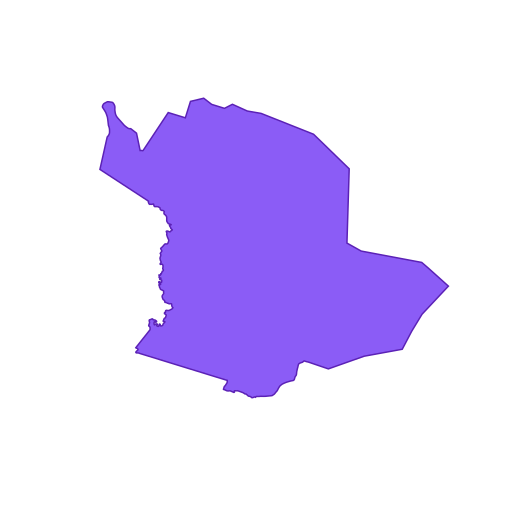 Choloma, Cortés, Honduras (orthographic projection), rotated 198°
{"feature_id": "27666195B9794587356195", "entity_name": "Choloma", "entity_type": "district", "adm_level": 2, "iso_a3": "HND", "parent_name": "Honduras", "parent_adm1": "Cortés", "projection": "orthographic", "projection_center": [-87.878, 15.648], "detail": "fine", "context": "isolated", "style": "filled", "palette": "violet", "viewbox_px": 512, "rotation_deg": 198, "n_neighbors": 0, "source": "geoboundaries", "source_scale": "gbopen_adm2", "svg_char_len": 6021}
<svg xmlns="http://www.w3.org/2000/svg" viewBox="0 0 512 512"><g transform="rotate(198 256 256)"><path d="M354.5,389.9L366.1,382.8L365.9,365.6L383.8,365.3L396.0,321.4L396.4,321.1L397.8,320.9L398.8,320.5L407.6,335.9L414.5,338.4L415.7,338.0L416.8,337.9L418.3,338.3L420.3,339.0L421.7,339.6L428.9,343.8L430.4,344.7L431.8,345.7L432.5,346.4L433.2,347.2L433.8,348.1L434.4,349.2L435.4,351.3L435.7,352.3L436.1,353.7L436.6,354.9L437.1,355.5L437.6,356.1L438.5,356.9L439.2,357.4L439.8,357.7L440.5,357.7L443.6,357.2L445.0,356.8L447.1,354.7L447.8,353.8L448.0,353.3L448.2,352.5L448.3,351.8L448.3,351.1L448.2,350.5L448.0,350.1L447.1,349.3L445.0,347.6L443.3,346.1L441.9,344.4L440.3,342.2L439.3,340.3L436.7,334.6L435.6,333.2L434.7,331.7L434.1,330.2L433.5,328.3L433.3,327.3L433.4,325.8L433.7,324.6L434.3,323.2L431.2,290.1L375.1,274.9L375.2,274.3L374.9,273.8L374.1,272.8L373.6,272.4L373.3,272.3L372.9,272.3L372.4,272.6L371.1,272.9L370.0,273.6L369.5,273.7L369.4,273.6L368.7,272.5L368.5,272.2L368.2,271.9L367.7,271.7L367.3,271.7L366.1,272.2L365.5,272.3L364.8,272.5L364.2,272.6L362.2,272.1L361.9,271.6L361.6,271.0L361.2,270.6L360.7,270.4L359.9,270.2L358.8,270.5L358.3,270.5L357.8,270.4L356.9,269.8L356.9,268.4L356.5,267.9L356.1,267.4L354.6,266.9L353.7,266.2L353.1,265.6L352.7,264.7L351.9,262.2L351.7,261.7L351.2,261.1L350.5,260.5L349.8,260.0L349.3,259.6L347.2,259.7L346.7,259.7L346.4,259.5L346.5,259.3L347.3,258.9L347.6,258.7L347.7,258.2L347.1,257.6L345.8,256.5L345.5,255.8L344.0,255.2L343.8,255.1L343.8,254.8L343.9,254.5L344.5,253.9L345.1,252.6L345.3,252.4L345.8,252.3L346.7,252.4L347.8,252.4L348.5,252.2L348.9,251.8L348.9,251.5L348.7,251.2L348.2,250.8L347.9,250.5L347.7,249.7L347.6,248.9L347.5,248.6L346.0,246.5L343.9,244.2L343.7,243.4L343.7,242.0L343.8,240.9L343.9,240.5L344.1,240.2L344.7,239.8L345.5,239.6L346.0,239.5L346.3,239.3L346.4,239.0L347.0,237.9L347.5,236.6L348.5,234.6L348.9,234.1L349.0,233.8L348.8,233.4L347.3,231.9L347.1,231.7L347.3,230.8L347.9,228.9L347.1,228.0L346.8,227.4L346.7,226.6L346.7,224.9L346.6,224.1L346.2,223.4L345.6,222.3L344.8,221.5L344.3,220.8L344.3,220.5L344.8,219.2L344.7,218.7L344.1,218.5L342.9,219.2L342.5,219.1L342.1,218.9L341.6,218.3L341.3,217.6L341.0,216.5L340.9,215.6L340.8,215.2L340.4,214.6L339.9,214.3L339.7,214.0L339.7,213.6L339.9,213.1L340.0,212.8L340.4,212.5L340.6,210.0L340.7,209.6L341.1,209.6L341.1,209.4L341.1,209.1L341.0,208.6L341.0,208.3L341.2,208.2L341.4,208.1L342.2,208.1L342.4,208.0L342.4,207.9L341.7,206.5L341.6,206.3L341.6,205.9L341.5,205.6L341.2,205.5L340.0,205.6L339.8,205.6L339.6,205.5L339.7,205.1L340.2,204.7L340.5,204.3L340.4,204.1L340.2,204.0L338.6,203.9L338.2,203.8L338.1,203.6L338.0,203.3L337.7,202.0L337.8,201.7L338.2,201.5L339.4,201.7L340.2,201.7L340.4,201.5L340.4,201.1L340.2,200.6L339.9,200.3L338.4,200.0L338.0,199.8L338.0,199.5L338.1,199.3L339.3,198.8L339.4,198.7L339.2,198.1L338.7,197.7L338.1,196.5L337.8,196.2L337.1,195.6L336.7,195.0L336.1,194.7L333.7,194.4L333.1,194.3L333.0,194.2L332.9,193.6L332.6,192.7L332.3,192.1L332.2,191.7L332.8,189.8L332.9,189.2L332.8,188.6L332.7,188.3L332.4,187.8L331.2,186.2L330.8,185.9L330.0,185.7L329.2,185.2L328.7,184.8L328.6,184.6L328.7,184.3L328.6,184.1L328.1,183.8L326.8,184.0L325.6,183.7L325.0,183.9L324.4,183.7L323.7,183.7L322.1,184.4L321.8,184.4L321.6,184.4L321.3,184.0L320.9,183.0L320.2,181.9L319.9,181.6L319.3,181.4L319.1,181.2L319.2,180.4L319.7,179.5L321.8,177.4L322.2,177.2L323.1,176.9L324.0,176.8L324.3,176.7L324.8,176.4L325.0,176.0L325.0,175.4L324.7,175.0L324.7,174.7L324.8,174.3L325.3,174.1L325.4,173.9L325.5,173.6L325.4,173.2L325.1,172.8L324.0,172.6L323.3,172.2L323.1,172.0L323.1,171.3L323.0,169.4L323.1,169.2L323.6,168.8L324.0,168.2L324.2,165.4L323.9,165.3L322.5,165.3L322.3,165.2L322.5,164.4L323.1,163.4L323.3,162.5L323.3,161.4L323.5,161.1L323.8,160.7L324.1,160.4L324.5,160.2L324.9,160.1L325.4,160.1L325.5,160.2L325.7,160.8L326.0,161.3L326.3,161.5L326.7,161.5L326.8,161.4L326.9,159.6L327.0,159.1L327.2,158.9L327.3,158.8L327.9,158.8L328.5,158.9L328.9,159.1L328.9,159.5L328.6,160.4L328.8,160.7L329.0,160.8L329.6,160.7L330.2,160.5L330.7,160.0L330.9,159.4L331.1,159.3L331.4,159.2L331.7,159.5L332.0,160.0L332.3,160.8L332.4,161.7L332.3,162.0L332.1,162.1L331.8,162.2L331.3,162.0L331.0,162.0L330.7,162.2L330.3,162.5L330.2,162.8L330.3,163.1L330.5,163.3L331.1,163.6L332.2,163.9L334.1,163.6L334.5,163.8L334.8,164.2L335.1,164.2L335.4,164.1L335.9,163.7L337.1,162.6L337.6,162.4L337.7,161.8L337.5,161.2L336.8,160.1L336.6,159.5L336.6,157.1L336.5,156.5L336.3,156.3L335.9,156.2L335.4,156.0L334.9,155.6L334.4,154.6L334.0,153.1L342.2,131.1L341.9,131.4L341.2,131.4L340.3,131.4L339.9,131.2L339.5,130.9L339.3,130.4L339.4,130.0L340.2,128.5L340.6,127.5L340.5,127.2L340.3,127.0L339.7,126.9L339.0,127.1L338.4,127.3L337.4,127.5L336.4,127.4L244.9,128.8L244.7,128.0L244.4,127.4L244.4,126.6L244.5,125.7L244.9,124.5L245.1,123.4L245.3,123.0L245.7,122.4L245.8,122.0L245.8,119.5L245.7,119.1L245.0,119.0L244.2,119.1L243.1,118.9L241.9,118.8L240.6,119.1L239.9,119.4L239.3,119.7L238.9,119.8L235.0,119.4L234.6,119.6L234.5,119.9L234.5,120.1L234.8,120.4L234.9,120.8L234.9,121.0L234.7,121.2L234.5,121.3L232.1,122.0L231.8,122.2L231.3,122.2L226.0,122.0L223.8,121.4L223.0,121.6L222.6,121.6L220.0,120.4L218.3,120.6L217.2,120.4L216.4,120.0L216.1,120.0L215.7,120.1L214.9,120.6L213.8,121.5L213.3,121.6L212.8,121.5L212.3,122.5L211.4,122.8L209.6,123.4L208.3,124.0L205.3,124.9L204.1,125.3L197.7,128.1L197.3,128.5L196.2,129.9L195.8,130.5L194.9,132.9L194.2,134.4L193.7,137.5L193.2,139.5L192.6,140.6L191.6,142.1L190.1,143.6L188.1,145.3L184.3,147.9L182.3,149.0L181.9,149.3L181.6,149.8L181.4,150.3L181.5,152.7L181.4,153.5L181.0,154.7L180.9,155.5L181.1,156.7L181.5,158.4L181.8,161.2L181.9,163.2L182.1,165.4L182.1,166.2L182.0,166.5L181.8,166.9L180.8,168.0L179.0,169.3L177.8,171.1L177.7,171.1L175.6,171.1L173.5,171.3L152.3,171.0L122.2,194.1L88.1,212.5L84.7,232.4L80.1,251.9L63.7,286.8L88.5,297.8L96.4,301.1L157.5,293.2L173.5,296.4L194.3,367.7L238.9,389.6L295.2,393.2L309.1,391.2L325.3,393.0L331.6,386.7L345.0,386.5L354.5,389.9Z" fill="#8b5cf6" stroke="#5b21b6" stroke-width="1.5"/></g></svg>